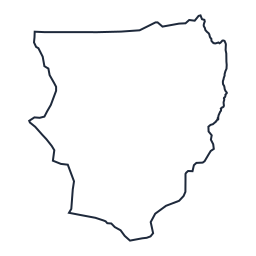 Lom-Et-Djerem, Est, Cameroon
{"feature_id": "32672807B76674513300734", "entity_name": "Lom-Et-Djerem", "entity_type": "district", "adm_level": 2, "iso_a3": "CMR", "parent_name": "Cameroon", "parent_adm1": "Est", "projection": "natural_earth1", "projection_center": [14.12, 5.232], "detail": "fine", "context": "isolated", "style": "outline", "palette": "slate", "viewbox_px": 256, "rotation_deg": 0, "n_neighbors": 0, "source": "geoboundaries", "source_scale": "gbopen_adm2", "svg_char_len": 2200}
<svg xmlns="http://www.w3.org/2000/svg" viewBox="0 0 256 256"><path d="M34.7,31.7L34.5,37.3L34.0,42.4L36.1,46.9L38.4,48.2L42.7,56.7L44.4,66.2L48.4,68.6L49.6,75.1L54.1,83.0L56.1,86.8L56.1,90.8L50.8,105.0L47.2,111.2L44.4,116.6L39.7,117.8L34.4,117.4L29.2,120.8L29.9,122.5L35.2,126.8L42.2,134.7L46.4,139.2L51.7,145.9L54.3,150.2L53.7,154.7L52.9,160.7L60.9,163.9L67.8,164.7L74.0,181.3L73.0,188.0L72.8,189.0L71.3,208.9L69.0,212.8L79.9,214.9L95.4,217.8L103.6,220.5L105.6,221.3L107.3,223.2L111.3,223.5L114.8,227.1L120.6,230.3L124.7,235.9L130.0,240.6L135.3,239.6L142.3,238.3L146.7,237.8L150.5,236.4L153.1,233.2L150.7,222.1L155.2,213.7L166.0,205.8L179.1,200.8L183.6,196.0L185.4,191.8L185.5,180.0L185.5,173.9L186.2,172.7L188.1,171.0L192.5,171.2L193.9,165.2L196.4,162.9L202.7,162.6L204.6,161.2L208.5,154.6L210.7,151.0L213.8,148.9L213.2,144.2L210.9,139.7L211.7,135.3L208.6,131.5L208.4,126.7L210.5,124.9L212.9,124.2L215.3,122.1L215.5,122.1L215.7,121.9L216.2,121.0L216.5,120.9L217.0,120.0L218.1,119.5L218.3,119.1L218.3,118.8L217.7,118.4L217.8,117.8L218.3,117.2L218.4,116.1L218.7,115.0L220.2,111.7L221.0,110.7L221.1,109.2L220.8,108.6L221.0,108.3L221.4,108.1L221.6,108.0L222.1,107.4L222.9,107.2L223.6,106.6L223.9,105.6L223.6,102.9L223.6,102.2L224.2,99.9L224.2,99.1L223.9,98.3L224.1,97.7L224.5,97.6L225.0,97.0L225.5,95.7L225.4,94.7L225.5,94.6L226.8,93.1L226.8,92.6L225.4,90.8L224.7,89.1L224.4,87.0L224.1,85.9L223.1,84.3L222.9,82.8L222.9,81.3L223.1,80.5L223.6,79.1L223.7,78.2L224.1,77.0L224.6,75.7L224.6,74.1L225.4,71.2L226.5,68.7L226.7,64.9L226.4,61.5L226.4,61.1L226.3,53.6L225.6,50.0L225.7,48.0L225.8,45.6L225.9,44.9L225.7,43.6L224.5,40.9L223.4,40.5L222.4,40.6L220.8,42.4L220.2,42.9L219.5,43.3L218.5,42.5L215.5,43.4L214.0,43.3L213.6,42.9L213.1,42.8L212.5,42.0L211.7,41.3L211.4,40.4L211.3,38.7L210.8,38.2L210.7,38.1L210.4,37.8L209.9,36.9L209.3,34.4L208.7,33.3L206.9,31.8L205.4,30.1L204.8,27.8L203.9,26.4L203.7,25.5L203.7,25.0L204.1,23.1L204.3,22.8L204.8,21.3L204.3,20.0L204.3,19.8L202.0,19.2L200.5,15.4L198.6,15.9L194.7,20.7L189.2,20.0L185.5,23.3L179.1,23.6L162.5,26.6L157.6,22.4L155.5,22.4L149.3,25.5L139.6,30.3L120.9,31.6L96.4,32.2L86.7,32.1L43.8,32.1L34.7,31.7Z" fill="none" stroke="#1e293b" stroke-width="2"/></svg>